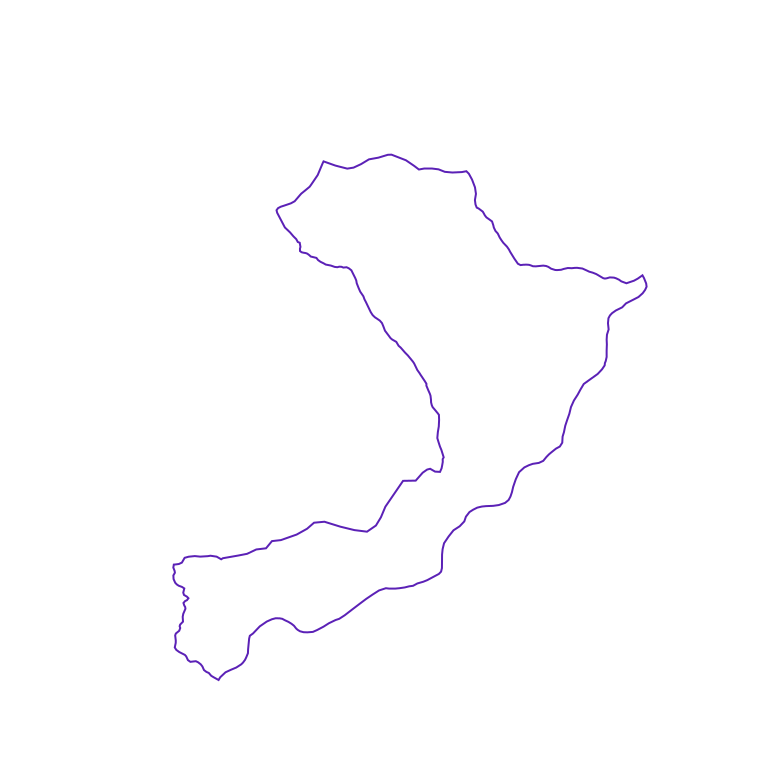 Guma, Punakha, Bhutan (Albers equal-area conic projection), rotated 72°
{"feature_id": "84629894B46754889891029", "entity_name": "Guma", "entity_type": "district", "adm_level": 2, "iso_a3": "BTN", "parent_name": "Bhutan", "parent_adm1": "Punakha", "projection": "albers", "projection_center": [89.837, 27.577], "detail": "fine", "context": "isolated", "style": "outline", "palette": "violet", "viewbox_px": 768, "rotation_deg": 72, "n_neighbors": 0, "source": "geoboundaries", "source_scale": "gbopen_adm2", "svg_char_len": 4845}
<svg xmlns="http://www.w3.org/2000/svg" viewBox="0 0 768 768"><g transform="rotate(72 384 384)"><path d="M614.4,632.8L612.3,630.4L609.2,623.8L608.5,618.0L608.0,612.1L606.5,606.4L605.4,604.2L603.4,601.4L601.3,599.4L598.0,596.6L594.5,595.3L590.8,593.7L584.4,590.9L582.0,589.4L580.8,585.7L576.1,577.0L573.7,568.9L573.1,563.3L573.3,559.5L574.6,555.7L575.9,553.3L577.9,551.4L580.7,548.4L583.4,546.1L586.1,544.3L589.4,543.1L591.1,542.1L593.2,540.3L595.2,537.2L596.5,533.6L597.8,528.2L597.3,523.5L596.1,516.5L594.5,510.3L593.5,502.9L593.5,499.2L591.8,492.8L588.9,484.7L585.4,474.7L582.9,467.4L580.7,459.8L578.8,452.5L578.8,445.3L580.1,442.5L582.0,436.8L583.0,432.3L583.9,427.1L584.2,422.6L584.9,418.7L584.0,413.9L584.2,407.7L583.9,403.4L582.8,397.3L581.6,390.5L580.1,387.7L577.0,385.8L570.5,383.6L564.2,381.5L559.2,379.3L554.0,376.1L549.0,369.7L544.6,363.1L542.7,356.0L539.5,350.1L535.5,347.1L532.2,342.3L531.1,338.1L530.4,333.5L530.8,328.7L531.7,324.6L533.6,317.9L534.6,312.2L534.5,305.6L532.8,301.3L530.1,298.5L526.5,295.8L521.7,292.9L515.3,288.1L509.6,282.8L506.7,276.3L506.0,271.3L505.9,267.2L506.9,261.1L506.3,256.3L503.6,252.1L501.9,248.9L500.8,246.2L498.6,240.4L497.8,236.1L494.9,232.6L489.2,230.4L485.5,227.8L479.7,224.5L474.8,220.9L469.7,217.0L463.7,213.3L458.4,208.5L454.0,203.1L450.0,198.9L445.7,194.0L443.1,185.9L440.5,177.7L437.4,172.1L434.5,168.4L432.3,167.4L430.8,166.1L427.1,163.9L421.2,162.0L415.2,159.8L410.5,158.5L406.0,156.7L401.5,153.5L395.4,152.2L390.8,150.2L388.6,147.9L387.1,145.2L385.7,140.7L384.7,133.8L382.1,128.9L380.8,120.6L379.9,115.1L377.6,109.9L375.2,106.6L372.6,104.2L369.4,103.6L363.6,104.0L360.5,104.6L362.2,110.1L363.0,114.3L363.1,122.3L359.7,126.6L357.5,128.2L355.3,130.5L353.9,132.4L352.4,136.3L352.3,139.4L352.0,141.3L351.1,142.8L345.1,148.1L342.6,151.1L340.6,154.1L338.6,156.2L335.5,159.6L333.2,164.4L332.6,166.3L331.9,169.6L330.5,173.3L330.1,177.5L330.1,180.2L329.2,184.0L328.5,185.9L326.0,189.4L323.4,191.5L321.9,193.3L320.6,196.0L319.0,203.3L318.0,206.0L316.5,207.8L315.5,209.2L314.6,211.4L313.7,214.4L313.1,217.4L311.0,219.5L305.0,221.3L297.2,223.2L294.7,223.6L291.4,224.6L286.6,226.9L283.5,227.9L280.4,228.7L276.0,229.3L272.9,230.7L269.1,231.2L267.0,231.0L262.8,231.0L260.0,233.0L257.2,235.1L254.7,236.0L252.9,236.3L250.6,236.8L246.3,239.8L244.9,241.3L241.6,241.5L237.2,240.7L231.6,237.8L225.1,236.7L216.8,237.1L210.3,238.3L207.1,239.9L206.5,244.5L204.0,253.6L201.0,260.6L196.7,265.8L193.9,271.8L191.5,279.2L190.8,284.5L185.9,287.9L178.0,294.0L168.2,306.0L167.2,309.5L167.0,319.4L165.7,328.9L167.8,337.9L168.8,346.1L167.8,352.4L163.0,360.0L161.2,362.8L153.6,372.7L155.3,374.3L164.8,382.5L171.7,391.4L173.4,393.7L174.6,396.7L177.4,403.9L178.4,405.6L182.6,412.5L183.4,416.7L183.5,423.9L183.5,427.4L184.0,430.4L185.5,432.5L188.1,432.7L204.5,429.9L210.8,426.5L215.6,424.5L219.1,422.7L222.3,422.1L223.6,420.5L227.8,421.1L229.3,422.1L231.6,422.8L233.2,421.7L234.2,420.1L235.3,418.0L236.3,416.7L238.4,415.2L240.1,414.3L243.2,409.3L245.8,408.4L248.2,406.6L250.5,404.2L252.4,402.5L254.9,398.0L257.4,394.7L258.5,392.3L258.6,390.3L259.4,388.2L260.7,386.7L261.4,383.5L263.1,381.7L265.8,379.9L274.5,378.6L277.0,378.4L279.7,378.8L284.7,378.5L288.8,378.1L294.2,376.5L297.5,376.4L300.4,375.9L311.6,374.4L315.0,373.5L317.8,372.0L319.4,370.7L322.4,368.4L325.4,367.1L329.0,366.8L333.6,366.6L335.9,365.8L342.4,363.6L344.2,362.5L347.7,359.3L352.2,358.3L354.5,356.9L360.6,354.3L364.2,352.5L371.6,349.6L373.7,349.0L381.0,348.0L382.9,347.4L384.8,346.8L386.5,346.4L393.9,344.3L396.9,343.6L398.7,344.2L403.8,343.8L407.6,343.4L409.6,343.4L413.6,344.2L416.0,344.9L419.0,345.1L421.0,344.9L428.5,341.9L430.3,341.3L435.2,342.7L441.3,345.0L446.3,347.6L451.9,350.0L456.2,350.1L460.8,350.1L464.4,349.8L472.2,349.9L473.6,351.4L476.3,352.2L479.5,353.9L482.0,355.3L484.9,357.9L483.1,362.5L478.9,366.3L478.7,369.4L480.3,374.6L485.7,383.7L482.0,395.8L501.1,420.6L509.8,428.1L516.1,435.4L519.2,445.8L513.8,457.3L506.2,469.6L496.6,483.2L494.3,493.4L497.9,501.9L500.2,513.6L500.6,530.3L498.8,539.1L503.8,547.0L501.9,556.6L503.2,566.7L502.1,575.6L499.9,591.1L500.4,593.0L496.5,596.5L493.7,602.1L493.3,604.7L491.4,612.1L489.2,617.1L487.9,623.1L487.7,627.3L491.4,631.4L491.8,634.7L491.2,638.0L490.8,639.7L493.5,641.1L497.1,640.9L498.9,641.2L501.0,643.5L504.5,644.4L508.5,644.0L510.6,643.0L512.4,641.6L514.5,638.9L516.7,637.1L520.4,639.4L522.8,639.4L525.4,637.1L527.3,636.2L528.7,638.2L529.0,640.3L530.3,642.4L532.9,642.4L534.6,642.0L536.4,642.3L540.5,645.9L543.2,647.4L547.9,648.6L549.8,652.2L551.2,653.2L553.1,653.2L555.4,655.0L557.0,659.1L558.6,660.3L563.6,661.3L565.9,662.1L569.9,664.4L572.7,663.7L575.6,661.6L580.1,657.1L581.9,656.3L586.0,655.8L588.4,654.0L589.0,651.0L589.5,648.6L591.2,646.8L594.0,644.9L596.5,644.0L600.4,643.6L602.9,641.9L604.7,639.9L608.1,638.5L610.3,636.6L614.4,632.8Z" fill="none" stroke="#5b21b6" stroke-width="2"/></g></svg>